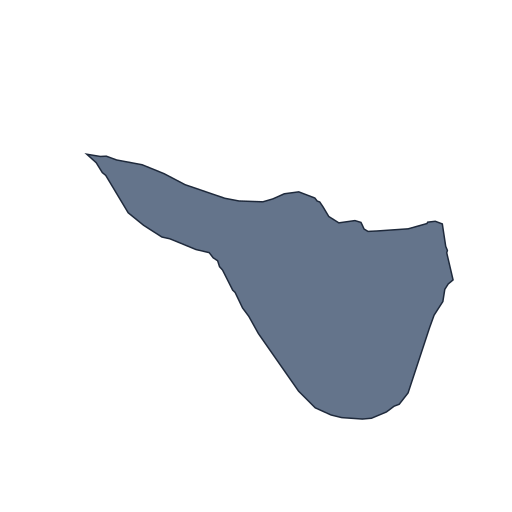 Santa Apolonia, Chimaltenango, Guatemala (Mercator projection), rotated 296°
{"feature_id": "79465075B14911635135013", "entity_name": "Santa Apolonia", "entity_type": "district", "adm_level": 2, "iso_a3": "GTM", "parent_name": "Guatemala", "parent_adm1": "Chimaltenango", "projection": "mercator", "projection_center": [-90.952, 14.838], "detail": "fine", "context": "isolated", "style": "filled", "palette": "slate", "viewbox_px": 512, "rotation_deg": 296, "n_neighbors": 0, "source": "geoboundaries", "source_scale": "gbopen_adm2", "svg_char_len": 980}
<svg xmlns="http://www.w3.org/2000/svg" viewBox="0 0 512 512"><g transform="rotate(296 256 256)"><path d="M366.5,409.4L365.8,401.9L361.7,395.5L360.1,395.4L347.1,380.8L331.6,353.9L327.2,345.9L327.6,341.3L330.5,337.8L332.2,335.6L331.2,329.4L322.1,315.9L323.4,304.1L329.6,294.6L332.5,289.6L332.2,286.9L333.9,283.5L332.4,266.3L324.3,254.1L314.7,246.1L307.7,238.4L298.0,216.6L294.2,202.6L289.0,161.0L289.7,137.3L288.1,113.6L281.2,88.6L280.1,77.7L277.2,72.4L273.3,59.3L269.8,71.5L263.6,81.3L262.6,85.6L238.8,122.2L234.3,141.6L231.8,163.1L233.7,171.0L235.5,199.2L238.5,212.5L235.6,218.3L234.9,223.6L230.4,227.9L228.7,232.1L215.1,250.0L214.1,253.2L203.4,266.7L198.6,276.0L187.3,292.2L153.2,353.5L145.5,375.8L146.0,393.1L148.3,403.8L156.1,423.1L160.8,430.9L173.0,441.6L181.6,446.0L185.5,449.7L199.6,452.7L267.8,443.4L280.9,442.0L297.0,443.9L308.8,440.3L315.1,441.0L320.9,443.6L342.5,426.0L344.9,425.6L347.8,422.3L366.5,409.4Z" fill="#64748b" stroke="#1e293b" stroke-width="1.5"/></g></svg>